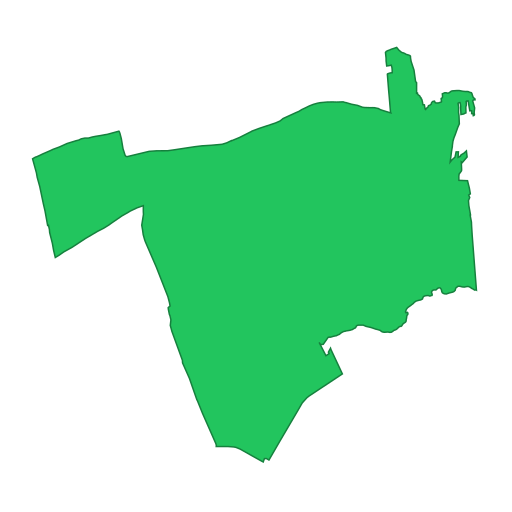 outline of Tepu, Galati, Romania, rotated 89°
{"feature_id": "2599482B67862311598500", "entity_name": "Tepu", "entity_type": "district", "adm_level": 2, "iso_a3": "ROU", "parent_name": "Romania", "parent_adm1": "Galati", "projection": "albers", "projection_center": [27.372, 45.972], "detail": "fine", "context": "isolated", "style": "filled", "palette": "green", "viewbox_px": 512, "rotation_deg": 89, "n_neighbors": 0, "source": "geoboundaries", "source_scale": "gbopen_adm2", "svg_char_len": 5854}
<svg xmlns="http://www.w3.org/2000/svg" viewBox="0 0 512 512"><g transform="rotate(89 256 256)"><path d="M456.3,262.4L462.1,252.4L458.7,251.1L458.7,249.1L460.2,246.6L441.4,235.3L411.8,217.2L403.8,212.4L398.6,207.6L396.8,205.2L375.4,171.7L350.8,182.7L349.5,183.1L353.4,185.3L354.9,184.6L356.9,187.8L343.5,194.4L345.9,192.8L345.6,191.9L345.5,190.3L338.6,185.3L338.3,183.7L338.5,183.4L338.3,182.3L337.7,180.2L337.3,178.3L337.1,177.0L336.5,175.9L335.8,174.0L334.6,172.6L333.8,171.3L333.2,170.1L332.9,169.2L332.8,168.3L332.4,166.9L332.2,165.2L331.9,163.3L331.6,162.4L331.3,161.1L329.9,158.7L329.8,158.2L329.5,157.8L328.6,157.2L327.8,156.9L327.2,156.0L326.9,154.8L327.0,150.0L328.3,147.1L329.3,143.0L329.9,141.1L331.2,137.6L331.6,135.9L332.5,133.2L333.6,131.9L334.1,131.0L334.5,129.1L334.3,125.4L334.7,123.5L334.6,122.4L334.5,121.8L333.5,120.3L332.8,119.5L332.4,118.2L331.9,117.1L331.5,116.5L329.4,114.2L329.0,113.4L328.9,113.1L328.9,112.2L328.7,111.9L328.4,111.5L326.8,110.5L326.5,110.2L325.8,109.4L325.5,108.8L324.8,107.8L324.4,107.4L323.5,107.0L322.5,107.0L321.0,106.6L318.9,106.3L318.3,106.2L318.0,106.1L317.3,105.4L316.6,105.1L315.6,105.2L315.2,105.4L315.0,105.6L315.0,106.2L315.4,107.0L314.7,107.5L314.4,107.5L312.2,106.7L311.0,105.9L310.5,105.4L310.0,104.9L308.2,102.2L307.3,101.1L306.2,99.5L305.1,98.6L303.8,96.6L303.0,93.4L302.8,92.0L302.6,91.6L302.3,91.4L302.0,90.4L301.9,90.3L300.3,89.8L299.9,89.5L299.5,89.1L299.0,88.4L298.8,87.6L298.6,86.3L298.5,84.6L299.1,82.8L298.7,81.8L298.6,81.2L298.5,80.7L298.2,80.6L297.4,80.5L295.5,81.1L295.1,81.1L294.5,80.9L294.0,80.5L293.5,79.9L293.2,79.4L293.0,78.6L293.0,77.9L293.1,76.7L291.6,75.0L291.2,74.3L291.0,73.5L291.0,72.7L291.2,72.4L292.6,71.3L294.7,70.9L295.9,70.4L296.1,70.2L296.7,69.3L297.1,68.2L297.2,67.2L297.3,66.4L297.0,65.5L296.3,63.3L295.6,60.2L295.2,59.1L294.8,58.5L293.7,57.4L292.3,57.1L291.7,56.8L291.1,56.4L290.5,55.4L290.1,55.0L289.8,54.6L289.8,53.7L289.8,52.8L290.2,51.4L290.5,50.3L290.6,49.4L290.7,48.1L290.4,46.7L290.2,45.5L290.2,44.5L290.4,43.6L290.7,42.9L291.3,42.1L291.6,41.5L292.0,41.2L292.3,40.6L293.0,39.2L293.8,38.2L293.9,37.8L293.7,36.5L293.9,36.2L238.7,39.5L230.0,39.9L225.9,40.0L218.8,41.2L218.7,40.8L209.3,42.3L204.3,42.6L201.2,41.3L198.8,42.3L197.6,40.6L191.8,41.5L184.4,43.2L183.9,51.8L179.9,51.8L177.6,51.5L176.0,50.2L174.3,49.0L172.9,48.9L165.5,49.1L166.3,48.2L160.7,43.2L154.6,43.8L156.9,46.4L158.0,48.4L159.0,49.8L159.9,49.9L160.9,52.2L155.4,51.8L155.4,54.1L160.6,55.3L161.9,56.8L163.4,58.5L165.5,60.2L155.0,58.7L151.1,58.0L150.3,57.8L148.8,57.7L144.8,57.1L141.2,56.0L138.4,54.8L130.9,52.0L127.4,50.4L119.2,50.6L116.1,51.0L110.6,50.8L107.2,51.3L106.8,51.3L106.7,51.2L106.4,50.6L106.1,49.5L106.1,49.4L106.4,49.2L109.8,48.7L111.4,48.8L118.1,48.6L117.6,45.7L117.0,44.8L116.6,43.6L110.6,43.6L108.6,43.0L105.2,43.2L104.8,42.8L104.7,41.2L114.6,39.7L114.5,38.2L114.6,37.8L117.4,37.9L117.4,36.6L119.5,36.3L119.3,35.7L118.8,35.2L118.2,35.1L117.2,35.3L115.7,35.3L111.8,34.8L104.9,36.6L104.3,36.4L103.8,35.9L103.7,35.3L103.7,34.3L102.8,34.3L101.5,35.7L100.9,36.2L98.4,37.0L97.3,37.3L96.5,37.8L96.2,38.7L96.2,39.3L95.4,40.6L95.3,41.3L95.2,41.7L95.2,43.6L94.9,46.3L94.1,50.0L94.1,52.6L94.3,56.4L94.5,57.6L94.8,58.2L96.2,60.1L96.4,60.7L96.5,61.7L96.4,62.2L96.2,62.5L96.1,63.5L96.1,64.6L97.1,66.9L99.3,66.7L100.6,66.8L101.3,67.3L101.7,68.1L102.8,68.1L104.8,67.8L105.2,68.0L105.9,70.1L106.2,71.1L106.1,73.2L106.1,73.6L105.9,74.0L105.7,74.2L105.2,74.5L104.5,74.6L104.3,74.8L104.2,75.2L104.5,75.8L104.6,76.7L105.1,77.2L106.2,78.0L107.3,78.2L108.1,79.3L108.7,80.8L109.0,81.1L109.6,81.2L110.2,81.6L110.6,82.0L111.3,83.1L112.5,83.8L112.0,84.4L107.8,85.0L107.6,86.5L105.3,86.8L102.2,87.5L101.6,88.1L101.1,88.3L100.6,88.3L100.1,88.9L99.9,89.1L99.4,89.2L98.7,89.6L97.7,91.0L97.1,91.5L95.9,91.7L96.1,92.6L85.5,92.4L84.3,93.4L72.8,94.8L69.3,95.9L64.1,97.5L60.9,98.0L58.9,98.1L58.3,98.6L57.8,99.7L56.9,102.6L56.1,103.7L55.5,105.1L55.0,106.8L52.6,109.6L49.9,111.7L51.1,115.4L51.6,117.1L52.4,118.9L52.9,120.5L53.7,122.2L54.8,123.0L60.3,122.5L63.4,122.5L68.3,122.0L68.0,119.6L67.5,117.5L69.8,116.8L72.3,116.6L75.1,116.6L75.2,117.8L75.5,119.3L75.9,120.5L76.2,121.3L76.5,121.5L92.6,120.5L99.4,120.0L114.6,119.0L115.2,118.7L114.9,120.0L112.4,127.6L111.7,129.4L110.7,131.0L109.8,134.9L109.7,136.9L109.7,139.4L109.4,145.1L109.1,147.0L108.5,148.5L107.2,151.8L105.9,157.9L104.2,163.3L104.0,164.5L103.4,166.1L103.5,172.8L103.3,176.7L103.3,182.1L103.8,189.0L104.3,191.9L105.4,196.1L106.9,200.1L108.6,203.7L110.4,207.7L112.1,210.5L113.4,213.7L119.0,226.5L120.5,228.4L121.4,229.6L121.7,230.3L123.3,234.1L128.5,250.7L131.1,258.0L131.5,258.6L137.2,270.4L140.4,278.5L140.2,278.6L142.3,283.1L143.7,287.9L144.5,298.9L144.9,308.0L145.6,314.9L146.6,322.5L148.5,336.6L148.7,338.3L149.2,342.4L149.1,353.6L149.5,361.0L154.4,383.1L154.1,384.3L153.1,385.1L146.4,387.1L136.4,388.6L131.0,389.9L129.4,390.5L128.8,390.9L131.8,402.7L132.0,404.3L132.8,409.0L133.6,414.6L134.2,417.8L135.2,421.6L135.1,425.0L135.8,428.7L137.0,431.2L137.6,433.9L140.2,442.9L143.5,450.5L145.8,457.1L147.0,459.7L150.4,467.9L151.5,470.2L153.0,473.7L153.2,474.6L153.8,475.8L154.9,477.7L169.0,474.1L173.5,473.4L182.8,471.0L200.1,467.7L207.1,466.2L221.8,463.8L221.6,463.0L225.9,462.1L229.0,461.9L239.7,459.4L246.7,458.3L254.0,456.7L251.8,452.9L248.6,448.2L244.0,439.6L235.5,426.2L228.6,414.0L225.5,407.7L222.4,402.5L220.7,400.1L213.6,389.4L210.0,382.8L208.9,381.0L205.8,374.2L203.7,367.8L209.9,367.9L212.4,367.8L223.2,369.7L227.7,369.0L232.7,368.4L237.7,367.1L239.8,366.4L265.5,355.8L295.1,344.8L301.3,343.3L304.5,342.8L306.1,344.7L307.6,344.6L313.0,343.6L314.1,343.1L318.4,342.2L323.9,342.9L329.9,341.4L359.0,331.4L361.6,331.3L377.2,324.7L398.8,317.6L399.4,317.2L412.7,312.1L442.9,299.4L444.5,299.0L445.8,299.1L446.0,287.4L446.5,281.9L446.7,280.7L447.0,279.4L447.7,277.7L448.7,275.4L456.3,262.4Z" fill="#22c55e" stroke="#15803d" stroke-width="1.5"/></g></svg>